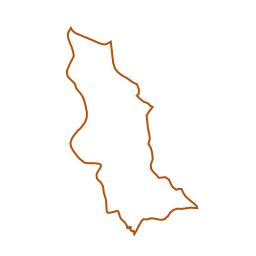 the district of Paekam, Ryanggang, North Korea, rotated 173°
{"feature_id": "82179303B39212929407944", "entity_name": "Paekam", "entity_type": "district", "adm_level": 2, "iso_a3": "PRK", "parent_name": "North Korea", "parent_adm1": "Ryanggang", "projection": "robinson", "projection_center": [128.836, 41.511], "detail": "fine", "context": "isolated", "style": "outline", "palette": "amber", "viewbox_px": 256, "rotation_deg": 173, "n_neighbors": 0, "source": "geoboundaries", "source_scale": "gbopen_adm2", "svg_char_len": 2122}
<svg xmlns="http://www.w3.org/2000/svg" viewBox="0 0 256 256"><g transform="rotate(173 128 128)"><path d="M173.5,211.9L173.3,211.1L173.0,208.0L173.1,206.3L173.6,205.0L177.6,199.3L179.2,196.6L181.3,192.7L181.8,191.3L182.0,189.7L181.9,188.0L180.9,185.5L177.6,181.2L176.4,179.8L175.5,178.4L175.0,177.0L174.6,173.9L173.1,171.3L171.1,168.4L169.1,164.4L168.3,161.6L167.4,155.5L167.1,150.6L166.9,149.3L167.2,146.0L167.8,143.1L169.0,140.6L169.9,139.1L171.0,137.7L175.2,133.5L178.3,131.4L183.5,126.2L185.6,123.3L186.0,122.0L186.7,120.9L187.0,119.5L186.8,116.3L185.6,113.3L185.3,112.4L182.7,107.7L179.8,103.4L176.2,99.6L174.6,98.6L173.1,98.1L165.3,97.1L163.7,96.7L160.9,95.9L159.5,94.8L159.6,93.5L160.0,92.2L163.8,87.8L165.0,85.1L165.0,83.5L164.9,82.0L164.4,80.6L162.1,78.0L161.1,76.5L160.1,73.6L159.9,72.3L159.9,66.8L158.7,59.9L158.6,58.5L159.1,51.3L159.0,49.6L159.3,48.0L158.4,46.4L156.9,46.0L148.3,47.0L147.6,45.6L146.7,40.3L145.3,37.7L143.0,35.2L142.2,33.9L141.1,31.5L140.8,28.8L139.2,28.5L138.7,29.7L137.3,29.2L138.0,26.3L136.6,25.1L135.0,25.3L134.2,23.9L134.9,22.8L134.7,21.8L132.0,25.2L129.9,28.7L127.8,31.4L125.7,34.2L123.7,35.6L120.2,34.9L116.8,35.6L112.7,34.9L109.3,33.6L106.6,32.9L103.1,32.9L99.0,35.7L96.2,39.1L92.7,41.2L88.6,41.9L85.2,41.2L82.5,41.2L79.0,41.2L74.9,41.3L72.2,40.6L69.0,40.0L69.4,42.0L71.4,44.7L74.2,47.5L77.5,51.0L79.6,53.8L80.9,56.6L82.2,60.8L84.9,61.5L87.7,60.8L91.1,64.3L92.4,67.7L93.7,71.9L97.1,74.7L99.9,74.7L103.3,74.7L105.3,77.5L108.0,81.0L110.0,84.5L110.0,88.6L107.2,94.2L107.1,100.5L107.7,105.4L109.7,109.6L107.6,114.4L107.6,118.6L108.2,124.9L108.1,131.9L108.0,138.2L105.2,141.6L101.0,145.8L102.0,146.5L103.1,147.2L105.1,150.0L109.2,152.1L112.6,155.6L115.3,159.1L113.2,160.5L112.5,165.3L113.8,170.2L117.9,173.0L123.3,177.9L127.4,180.7L131.5,184.9L133.5,188.3L134.8,194.6L134.7,201.6L134.6,210.0L134.6,215.8L136.0,215.1L138.9,214.0L140.3,213.8L141.7,213.9L143.1,214.3L147.4,216.3L148.7,217.2L168.1,228.3L170.6,230.6L171.5,231.8L172.5,234.2L173.6,232.7L174.8,231.4L176.0,229.0L176.4,227.6L176.3,224.2L175.0,218.4L174.1,215.6L173.5,211.9Z" fill="none" stroke="#b45309" stroke-width="2"/></g></svg>